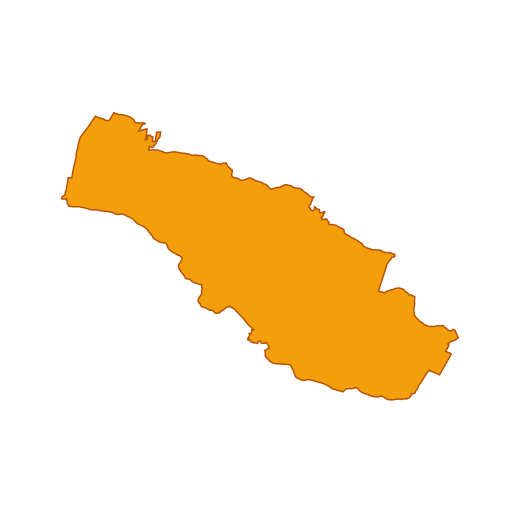 the district of Dragotesti, Gorj, Romania, rotated 342°
{"feature_id": "2599482B98369166749255", "entity_name": "Dragotesti", "entity_type": "district", "adm_level": 2, "iso_a3": "ROU", "parent_name": "Romania", "parent_adm1": "Gorj", "projection": "natural_earth1", "projection_center": [23.147, 44.809], "detail": "fine", "context": "isolated", "style": "filled", "palette": "amber", "viewbox_px": 512, "rotation_deg": 342, "n_neighbors": 0, "source": "geoboundaries", "source_scale": "gbopen_adm2", "svg_char_len": 6119}
<svg xmlns="http://www.w3.org/2000/svg" viewBox="0 0 512 512"><g transform="rotate(342 256 256)"><path d="M422.2,387.7L420.7,386.6L419.7,387.6L417.8,387.3L416.9,386.9L416.2,386.1L414.5,383.7L413.1,381.0L411.7,379.7L409.3,379.5L407.0,378.4L403.3,378.0L398.1,376.1L396.3,374.6L394.7,372.9L394.1,371.7L391.8,369.0L388.7,362.5L388.5,361.7L388.6,359.6L389.0,358.2L389.2,356.3L391.1,352.4L391.9,351.2L392.7,348.0L394.2,344.5L394.4,343.6L393.1,342.7L392.0,341.3L389.5,340.2L389.2,339.0L388.7,338.0L386.6,335.1L386.5,334.0L385.0,332.5L382.3,330.7L380.2,330.1L369.9,330.0L368.5,330.1L366.8,330.9L365.6,329.8L361.5,327.4L377.0,305.9L377.6,304.6L380.4,302.7L381.7,301.4L383.5,300.7L384.4,299.3L386.8,299.5L388.1,299.0L388.5,297.2L387.7,296.9L386.4,295.7L384.2,294.2L382.1,293.3L380.2,292.8L379.4,292.0L377.6,290.8L376.1,289.0L375.6,288.6L368.9,286.2L364.0,282.6L361.9,280.5L361.1,279.4L360.7,277.2L358.7,274.8L358.0,273.6L355.7,271.0L352.0,267.4L351.1,266.4L350.6,265.0L349.0,264.1L348.3,263.4L347.3,260.9L347.3,259.7L347.8,258.3L347.6,257.8L345.0,255.1L343.3,253.7L341.8,251.6L338.5,249.8L335.2,248.6L335.8,246.6L335.0,244.8L334.8,242.8L333.7,242.3L332.9,242.7L332.3,241.9L330.5,241.9L329.7,241.1L330.2,240.3L330.1,239.5L330.9,239.5L332.2,238.5L332.3,238.0L334.4,236.3L335.1,235.3L334.8,235.2L334.6,235.5L334.5,234.9L334.1,234.8L334.0,235.5L333.3,235.7L332.3,235.0L331.1,234.7L330.0,234.7L330.0,233.7L330.4,233.0L330.5,231.3L328.8,230.2L326.9,227.3L326.5,227.4L327.1,228.6L326.7,229.6L325.8,229.6L324.1,230.5L323.3,230.5L322.6,229.2L322.1,227.0L321.2,225.7L322.8,224.6L323.5,223.5L324.3,223.3L324.5,222.6L325.7,221.1L326.5,220.7L326.6,219.9L328.1,218.5L329.2,217.8L326.9,216.9L325.9,216.2L324.6,213.7L321.1,209.0L320.3,207.3L319.4,206.1L318.0,205.1L314.0,203.2L312.4,201.9L311.5,200.5L310.1,199.4L308.7,198.9L306.9,197.5L306.0,197.2L304.1,197.3L300.1,198.0L297.1,197.3L292.9,197.3L290.9,196.8L289.6,195.3L288.2,191.8L287.6,191.1L285.6,189.7L284.2,187.8L278.9,184.2L275.8,180.8L273.6,179.7L267.9,180.1L265.6,179.5L264.4,178.7L262.5,176.5L258.4,174.1L258.0,173.2L257.8,171.7L259.5,168.2L260.0,166.7L259.3,166.2L258.2,163.9L256.8,161.8L256.4,158.3L253.4,157.5L251.4,157.9L249.8,157.6L249.0,156.6L246.9,155.7L244.3,153.6L242.6,152.8L240.2,150.5L239.2,148.0L238.5,147.4L237.8,146.0L236.1,144.2L230.1,141.5L226.8,140.7L223.9,138.6L220.1,136.4L216.6,134.9L211.2,131.9L207.5,131.0L203.4,130.6L201.1,129.5L198.9,127.4L197.3,126.5L196.6,125.7L194.7,124.5L193.1,124.3L190.4,123.1L186.6,122.2L188.4,118.9L188.9,118.9L189.7,119.6L189.9,120.2L190.9,120.9L192.6,120.2L192.7,119.5L193.0,119.3L194.8,118.9L198.7,114.7L201.3,113.2L203.6,108.6L199.7,107.6L198.3,110.6L195.5,115.9L192.8,115.0L194.7,110.6L193.1,109.9L192.8,108.5L190.5,107.8L188.5,111.4L186.8,111.3L189.6,106.2L191.5,101.8L191.5,101.3L183.1,101.0L188.3,96.2L189.4,95.8L191.5,96.0L191.5,95.7L189.5,94.3L187.1,93.9L182.5,91.9L182.1,91.1L181.9,88.2L178.4,84.2L173.0,80.6L169.0,78.9L165.1,75.9L158.1,81.8L156.8,81.3L155.9,81.3L154.1,79.6L153.7,78.7L153.1,78.5L152.7,78.0L152.2,78.1L149.4,75.8L148.8,75.7L146.4,73.4L135.6,81.9L130.0,85.6L125.3,89.1L121.6,94.6L119.6,98.6L116.2,103.9L116.4,104.7L108.5,118.0L104.8,124.9L101.7,123.5L99.0,128.9L97.7,130.7L97.3,131.9L95.2,135.6L94.5,136.2L93.5,138.3L92.8,139.0L89.7,139.9L89.1,140.7L88.9,141.4L89.2,141.9L91.7,142.5L92.5,143.5L93.2,143.0L93.6,143.3L93.4,144.0L93.5,144.5L93.0,146.2L92.8,148.0L93.3,149.1L93.5,150.8L95.8,152.0L99.2,153.3L102.7,154.3L110.0,158.6L111.6,159.9L113.6,161.1L119.7,163.2L122.1,164.9L129.9,168.4L133.6,170.7L135.6,172.7L136.8,173.7L140.4,174.3L142.1,174.9L143.2,175.6L145.4,178.1L147.6,179.9L149.9,182.2L153.1,188.4L158.2,193.3L160.5,196.6L160.9,197.4L161.4,199.8L162.4,201.3L162.5,202.7L163.6,204.9L163.9,207.1L164.5,208.1L168.8,213.3L173.8,215.7L174.3,216.2L174.8,218.2L174.8,221.4L175.8,223.7L178.6,227.5L180.2,228.9L181.9,231.0L183.7,232.3L184.9,234.5L185.1,235.8L183.5,237.4L179.8,240.4L179.2,241.3L179.0,242.4L179.0,244.7L180.5,249.8L181.3,251.5L182.0,255.0L182.4,255.6L183.1,256.3L185.7,257.6L187.1,260.0L190.4,263.5L192.0,264.2L193.4,265.6L195.5,266.5L194.8,268.6L194.9,270.2L193.6,271.9L193.0,274.5L191.6,276.1L188.2,278.7L187.0,280.8L186.9,281.9L188.0,284.2L188.2,286.9L189.0,287.8L192.1,289.8L195.3,293.4L196.8,293.6L197.4,294.0L200.1,298.1L203.3,298.7L213.6,295.3L214.3,296.2L215.5,295.6L216.5,297.0L219.0,299.6L224.6,311.6L227.5,319.1L231.1,325.4L230.0,325.6L229.6,325.4L229.3,324.9L228.8,324.9L228.7,326.2L227.3,328.1L226.3,328.3L225.8,327.5L225.4,327.6L225.3,327.9L225.8,328.8L225.8,329.1L223.8,331.0L223.7,331.6L222.5,331.9L222.4,332.5L223.2,332.9L222.7,333.6L224.1,333.7L224.1,335.3L224.6,336.0L226.1,336.7L226.1,337.3L226.4,337.6L229.2,338.7L230.2,339.6L230.9,339.5L231.6,338.0L232.0,337.6L232.8,337.8L234.0,338.6L233.9,339.8L234.3,340.8L237.5,341.8L238.1,341.2L238.9,341.1L239.8,343.9L240.4,347.5L238.5,347.7L237.7,348.2L235.1,348.6L235.0,351.6L234.2,352.6L234.0,353.0L234.3,355.4L236.6,360.4L238.7,362.7L242.2,364.9L245.5,366.0L249.4,367.9L251.3,368.3L253.2,369.1L254.8,370.3L255.4,371.5L255.5,373.9L256.1,377.1L256.2,382.9L258.0,385.3L260.8,387.9L263.2,389.1L268.6,390.0L272.2,392.3L274.4,394.0L277.1,395.6L281.7,399.0L285.4,402.8L286.3,404.5L288.9,407.0L290.4,407.6L292.1,409.1L293.6,409.8L296.2,411.8L297.1,411.9L299.4,410.7L300.8,410.4L302.4,410.6L306.9,411.9L309.4,412.0L310.8,412.3L311.5,412.7L311.9,413.4L313.1,416.5L314.4,418.2L316.2,419.9L321.0,423.5L323.2,425.5L328.1,427.6L330.9,427.8L332.4,428.3L334.3,430.0L336.5,432.9L338.7,434.1L342.7,435.3L345.0,435.6L348.4,436.5L350.0,437.4L354.1,437.7L354.3,437.8L354.3,438.3L355.5,438.6L356.0,438.2L357.9,438.2L358.6,437.6L359.8,437.1L360.2,436.5L360.8,436.3L361.4,435.7L361.3,435.2L362.5,435.6L363.2,435.4L364.7,435.5L365.5,434.9L365.5,434.3L365.8,433.9L368.1,432.5L371.4,428.9L373.4,427.7L380.5,421.5L385.0,418.2L385.4,418.9L386.0,418.5L387.4,420.2L389.4,421.9L390.2,422.3L393.9,425.7L411.4,409.6L411.1,409.1L406.9,405.3L411.4,401.1L411.9,400.2L411.0,399.6L411.3,398.9L412.3,398.4L413.6,398.3L414.8,397.5L416.2,397.9L418.3,397.4L419.8,397.5L422.1,396.3L423.1,396.4L422.2,387.7Z" fill="#f59e0b" stroke="#b45309" stroke-width="1.5"/></g></svg>